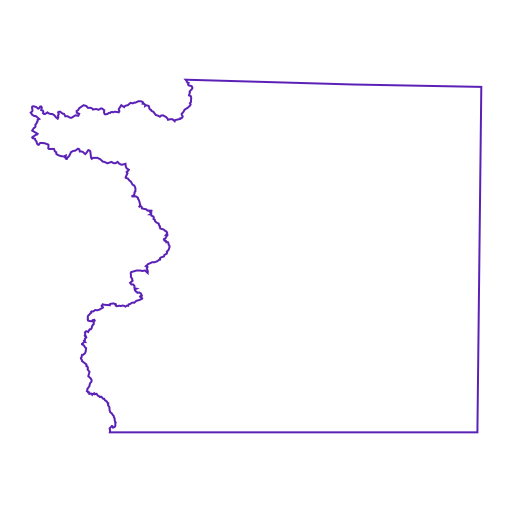 outline of Río Senguer, Chubut, Argentina
{"feature_id": "61730980B47831130528254", "entity_name": "Río Senguer", "entity_type": "district", "adm_level": 2, "iso_a3": "ARG", "parent_name": "Argentina", "parent_adm1": "Chubut", "projection": "mercator", "projection_center": [-71.319, -45.327], "detail": "fine", "context": "isolated", "style": "outline", "palette": "violet", "viewbox_px": 512, "rotation_deg": 0, "n_neighbors": 0, "source": "geoboundaries", "source_scale": "gbopen_adm2", "svg_char_len": 5899}
<svg xmlns="http://www.w3.org/2000/svg" viewBox="0 0 512 512"><path d="M185.6,79.7L186.4,80.6L187.3,82.5L188.6,82.9L188.1,84.2L188.5,85.3L191.7,86.2L192.4,87.8L192.2,88.7L189.7,91.4L189.6,92.0L189.9,92.5L189.0,95.4L190.8,96.2L191.2,97.6L190.9,102.2L189.9,103.2L190.6,104.5L190.1,105.5L187.8,107.7L184.6,109.7L183.3,112.1L181.7,113.8L181.7,114.7L182.7,116.4L182.3,117.5L181.5,118.1L180.3,118.3L180.3,118.9L175.1,120.1L174.7,121.2L172.4,119.2L170.4,119.2L168.0,119.8L167.5,118.6L166.1,117.0L162.9,115.3L161.1,115.6L159.9,116.7L158.1,115.7L155.8,115.0L153.3,111.7L151.6,111.0L151.1,109.9L150.0,109.4L149.3,108.4L149.0,106.5L148.5,105.9L146.0,105.2L145.2,105.8L145.3,105.1L144.4,104.0L142.7,103.7L143.2,102.8L142.7,102.0L141.1,101.3L138.5,101.2L135.3,102.7L134.2,102.6L132.7,103.4L130.6,102.8L127.8,105.2L125.9,105.6L124.6,106.3L124.1,107.1L121.3,105.2L118.8,109.1L118.8,110.0L119.4,111.0L118.8,112.3L114.8,111.7L113.1,112.3L112.1,111.9L110.7,112.3L110.3,112.9L108.9,112.9L107.4,114.0L105.7,114.3L104.7,114.2L104.0,112.3L104.3,110.3L101.9,108.5L101.0,108.4L98.6,109.8L96.2,109.0L92.9,109.5L92.5,108.8L90.8,107.8L88.0,107.9L86.3,106.0L83.6,105.2L79.2,108.2L78.2,110.0L76.6,111.1L76.8,112.8L79.2,113.8L78.3,115.8L75.4,115.3L71.5,117.8L70.1,117.7L67.4,116.2L65.3,116.3L64.1,113.9L62.6,113.6L60.0,111.6L58.5,111.9L58.1,112.4L58.8,114.1L57.9,115.7L58.4,117.1L57.7,118.7L56.0,117.4L54.4,115.3L52.3,114.0L50.6,114.0L48.4,113.2L47.5,112.4L45.4,113.8L44.2,114.1L43.0,113.2L43.4,111.9L42.8,110.6L41.2,110.1L41.8,107.3L41.0,106.4L40.3,106.5L39.0,108.3L38.3,108.7L36.1,107.0L33.8,106.3L32.5,106.4L32.0,107.2L32.5,110.5L32.1,111.5L30.7,112.6L32.2,114.8L34.0,115.9L35.8,116.1L39.3,119.0L37.6,119.9L37.5,121.6L36.7,122.3L36.7,123.1L35.3,124.9L35.5,126.0L35.2,127.2L33.7,128.2L32.2,130.6L37.6,133.8L37.3,134.4L35.6,135.0L32.4,137.1L32.2,137.5L32.7,138.2L35.0,138.8L35.5,140.4L36.5,141.5L37.0,143.6L38.1,144.8L38.9,144.7L39.7,143.3L40.7,142.9L44.5,143.2L48.1,144.5L48.4,144.7L48.5,146.7L48.2,148.1L48.5,148.6L49.1,149.0L53.9,148.9L55.0,151.5L56.2,152.2L56.4,154.1L58.1,155.1L60.8,156.1L64.1,156.5L64.8,157.2L65.1,155.8L65.8,155.5L65.5,157.2L65.9,158.7L66.4,159.0L67.0,158.8L67.5,157.6L69.2,156.0L71.1,152.0L73.2,151.0L75.4,150.6L78.0,148.7L79.3,149.3L79.8,151.5L81.0,151.4L82.8,151.9L85.2,154.1L86.2,153.2L88.3,150.1L89.6,150.5L90.3,151.5L91.1,157.8L91.8,158.8L92.9,157.9L97.5,157.9L100.2,159.2L102.9,161.7L104.4,161.9L107.4,163.3L111.5,161.9L113.4,163.1L115.6,163.2L117.6,161.9L119.1,163.6L121.1,164.6L122.1,164.7L125.5,163.8L125.8,166.6L126.7,168.4L128.8,169.7L128.4,170.5L126.7,171.8L126.7,172.4L127.5,173.2L125.6,177.3L125.7,177.8L127.9,178.6L129.3,180.4L130.8,181.5L132.6,184.7L134.2,185.5L135.0,187.0L135.4,188.4L135.5,189.7L135.2,190.7L135.4,191.4L134.5,192.3L134.5,193.7L134.0,194.8L132.9,195.8L131.5,196.5L135.7,196.3L137.9,197.7L138.1,199.0L139.0,200.3L140.2,204.6L139.7,206.2L138.7,207.2L140.4,206.0L140.8,206.1L141.8,207.2L141.9,208.4L146.4,209.4L147.3,210.5L151.5,210.7L151.5,211.0L150.0,211.9L151.3,213.1L151.1,213.9L150.2,214.4L151.2,214.5L151.4,215.6L153.5,216.6L153.8,217.6L153.5,219.0L154.8,219.8L155.0,221.1L156.3,222.4L158.7,223.6L158.9,224.6L159.3,225.3L159.2,225.6L160.0,226.4L159.8,227.3L160.3,228.5L163.8,229.6L165.5,231.2L166.4,231.4L167.1,232.6L166.6,234.3L166.1,234.9L167.4,234.7L167.4,235.2L166.6,235.6L166.7,236.2L165.3,238.4L164.6,239.1L164.1,239.0L163.9,239.5L164.5,240.7L166.0,241.0L166.3,242.3L167.8,242.1L168.5,243.4L168.6,244.6L169.5,245.9L169.5,247.2L168.6,249.8L167.7,250.9L166.8,251.5L167.1,252.9L166.6,253.7L164.4,254.9L164.0,256.4L160.6,257.6L160.0,258.3L160.1,259.6L159.0,259.8L157.4,261.2L154.3,262.3L152.3,262.2L147.7,264.3L147.2,265.2L146.3,265.7L145.8,266.2L147.5,267.1L146.8,268.4L147.8,271.1L147.7,273.0L145.0,270.5L142.3,271.0L140.3,270.5L136.5,270.5L131.0,272.2L130.7,273.1L131.0,275.9L130.9,276.9L132.3,279.0L132.2,279.9L132.6,280.8L130.1,282.8L131.3,284.4L133.3,284.5L134.5,286.1L134.4,287.8L134.7,288.4L136.4,288.7L134.7,289.5L134.8,290.1L136.0,291.6L137.0,292.1L137.4,292.8L139.3,292.5L141.0,293.6L141.9,295.7L140.4,296.3L139.6,295.9L140.3,296.9L142.2,298.3L142.1,298.7L139.2,300.1L136.4,300.8L134.2,302.8L133.3,302.5L131.6,302.9L130.4,303.9L128.6,304.4L128.2,305.8L127.0,305.6L125.4,306.6L124.3,305.9L122.5,305.5L120.8,306.1L119.5,305.7L116.8,306.2L115.7,305.6L115.9,304.6L115.6,304.0L114.6,304.0L113.6,303.4L110.3,303.9L109.7,304.4L109.8,305.2L109.4,305.2L103.6,304.7L102.8,304.3L101.6,305.9L103.0,307.3L102.8,307.7L99.0,309.8L97.1,310.3L95.2,310.0L93.3,311.4L91.4,311.5L91.1,311.8L91.2,312.8L90.0,313.6L89.5,314.6L88.5,315.2L87.9,316.2L87.7,317.9L88.0,318.8L87.7,319.4L88.0,320.5L89.7,321.1L91.7,321.2L92.6,320.2L94.3,319.8L94.7,320.7L93.2,321.8L93.8,322.8L93.8,324.0L92.7,324.9L92.6,325.7L91.9,326.3L91.8,327.9L90.7,329.4L89.7,329.3L88.4,331.3L88.2,332.0L86.2,331.2L84.9,332.4L85.3,334.4L84.7,335.6L85.1,336.3L85.9,336.3L86.3,337.5L84.9,338.8L84.9,340.1L84.1,340.6L85.1,342.0L84.1,341.9L83.3,342.9L82.0,343.8L82.0,344.3L83.9,345.4L85.1,347.4L86.1,348.1L85.7,351.5L84.8,353.5L82.9,354.9L82.1,354.8L81.7,355.9L81.6,357.3L80.9,358.0L80.9,358.5L82.0,360.2L82.0,361.0L86.4,364.5L86.4,366.2L87.3,366.4L87.9,367.8L87.6,369.4L89.5,371.8L88.3,376.2L90.8,378.5L91.6,380.1L91.5,381.6L90.3,382.9L89.7,384.4L89.4,386.2L87.3,389.0L87.4,390.1L86.9,391.1L87.9,391.7L88.1,393.1L88.4,392.3L89.2,392.4L89.3,393.9L91.4,393.6L92.2,394.8L92.8,394.0L93.6,394.0L94.2,393.2L94.6,393.5L94.8,394.2L96.6,393.8L97.7,395.5L99.4,396.4L99.7,397.0L101.3,396.7L103.2,398.8L104.2,398.8L104.9,400.2L106.8,401.5L107.7,403.2L108.3,403.3L108.0,405.1L109.4,407.2L109.6,410.3L110.3,412.3L111.8,413.4L112.9,415.2L113.6,415.7L114.0,417.5L114.6,418.3L114.7,420.5L115.2,421.5L115.1,422.0L115.7,422.6L115.3,423.5L115.3,425.9L114.6,427.0L113.0,427.6L112.3,426.1L111.9,426.0L109.6,428.4L110.1,430.4L109.8,432.3L477.4,432.3L481.3,86.9L353.4,84.5L185.6,79.7Z" fill="none" stroke="#5b21b6" stroke-width="2"/></svg>